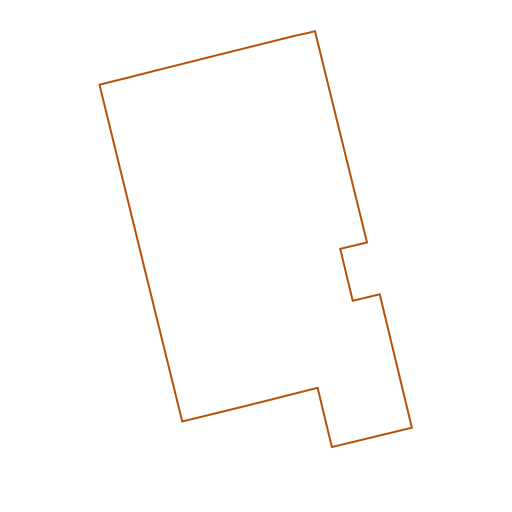 the district of Mahoning, Ohio, United States of America, rotated 256°
{"feature_id": "52423323B65372362934971", "entity_name": "Mahoning", "entity_type": "district", "adm_level": 2, "iso_a3": "USA", "parent_name": "United States of America", "parent_adm1": "Ohio", "projection": "orthographic", "projection_center": [-80.66, 41.017], "detail": "fine", "context": "isolated", "style": "outline", "palette": "amber", "viewbox_px": 512, "rotation_deg": 256, "n_neighbors": 0, "source": "geoboundaries", "source_scale": "gbopen_adm2", "svg_char_len": 535}
<svg xmlns="http://www.w3.org/2000/svg" viewBox="0 0 512 512"><g transform="rotate(256 256 256)"><path d="M52.3,283.4L51.7,365.7L188.9,366.8L189.2,339.0L242.6,339.5L242.3,367.0L459.9,367.6L459.9,367.2L459.9,365.6L459.8,361.6L460.3,347.9L460.3,284.7L460.3,277.0L460.3,258.0L460.2,214.0L460.2,205.0L460.2,204.2L460.2,201.2L460.1,194.4L460.1,186.3L460.0,176.6L460.0,172.3L460.1,162.2L460.1,153.5L460.1,153.4L460.0,145.6L266.0,144.8L113.3,144.4L113.0,213.1L113.2,283.9L52.3,283.4Z" fill="none" stroke="#b45309" stroke-width="2"/></g></svg>